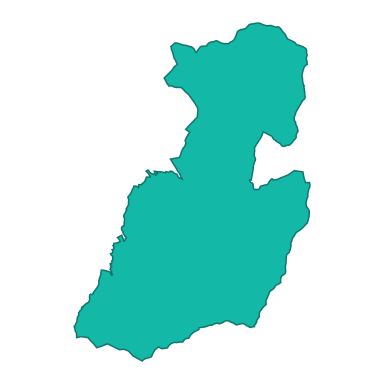 the district of Jidvei, Alba, Romania
{"feature_id": "2599482B43900513786531", "entity_name": "Jidvei", "entity_type": "district", "adm_level": 2, "iso_a3": "ROU", "parent_name": "Romania", "parent_adm1": "Alba", "projection": "albers", "projection_center": [24.101, 46.229], "detail": "fine", "context": "isolated", "style": "filled", "palette": "teal", "viewbox_px": 384, "rotation_deg": 0, "n_neighbors": 0, "source": "geoboundaries", "source_scale": "gbopen_adm2", "svg_char_len": 5971}
<svg xmlns="http://www.w3.org/2000/svg" viewBox="0 0 384 384"><path d="M254.5,326.7L254.5,325.0L255.5,324.2L256.0,322.6L256.4,322.7L256.7,321.7L256.8,320.2L259.5,316.6L259.1,315.7L259.3,313.2L260.1,311.3L262.9,307.5L264.4,305.9L266.1,304.6L266.0,300.5L268.6,294.6L269.7,291.5L273.6,288.7L274.8,287.1L275.0,286.2L276.2,285.1L279.5,283.5L280.8,282.4L280.5,281.1L280.6,279.3L281.6,275.9L283.9,274.6L285.1,273.4L285.7,271.9L285.3,266.4L286.0,263.4L286.2,257.1L286.8,254.5L289.4,252.2L289.5,251.0L290.0,250.2L290.5,248.6L290.8,246.0L291.1,245.5L291.1,245.1L290.7,244.7L291.1,241.8L291.6,241.6L292.4,238.3L294.7,235.1L295.1,234.0L296.7,232.2L300.0,230.1L302.9,227.5L307.1,223.1L308.1,220.5L309.2,215.6L309.2,210.8L306.3,205.8L306.2,204.5L305.9,203.6L306.9,198.7L307.5,197.8L307.9,196.2L307.7,194.5L308.6,189.5L309.8,187.2L309.9,184.0L309.4,182.4L307.7,182.7L305.4,182.5L304.0,177.9L302.9,171.9L294.9,170.7L294.6,170.5L287.9,175.0L277.0,179.5L273.5,180.1L272.2,178.8L271.3,179.1L269.2,181.7L268.3,183.5L267.6,184.3L266.1,185.0L265.2,184.9L260.8,186.1L260.1,187.0L259.7,188.3L259.2,189.0L258.0,189.6L256.7,189.4L255.1,189.6L254.3,189.4L253.5,188.7L253.3,187.7L253.4,186.2L252.9,183.9L252.0,182.9L251.0,182.6L250.0,181.6L249.5,180.4L249.5,179.8L251.1,180.2L253.3,168.5L253.3,166.5L254.2,162.5L255.1,161.0L255.5,159.5L255.3,158.3L254.3,156.1L254.2,154.3L254.7,150.8L254.5,147.4L255.3,146.7L255.9,145.3L261.1,137.3L263.3,131.8L271.9,136.3L273.6,139.3L275.2,140.0L276.0,141.0L280.2,143.7L282.5,146.3L284.4,146.3L285.9,145.9L287.1,145.2L289.0,145.2L289.7,144.9L292.2,142.6L293.2,141.0L294.5,139.9L296.1,137.6L296.2,137.3L296.0,135.7L296.2,134.8L296.7,133.4L297.9,131.7L298.0,130.9L297.4,128.0L295.5,123.4L295.7,122.4L294.2,120.1L294.1,117.6L294.8,115.9L296.0,112.0L302.7,100.5L304.3,99.2L304.9,98.3L305.2,97.1L305.1,96.4L304.6,94.4L304.8,92.3L303.8,86.3L304.3,85.9L303.5,84.9L302.7,81.6L302.5,78.7L301.9,75.3L303.2,69.8L303.5,69.4L304.2,66.9L306.1,65.0L307.3,64.5L306.8,60.5L306.4,59.8L306.2,58.5L307.2,55.0L306.5,53.1L306.6,51.0L306.3,49.5L305.4,48.3L303.3,46.9L298.5,45.1L297.0,44.9L296.5,44.6L294.7,42.3L287.4,38.8L285.0,34.0L282.8,31.8L281.8,30.2L279.8,27.8L278.3,26.8L275.6,27.2L270.8,25.4L268.2,25.8L266.3,25.7L262.9,24.7L260.0,23.3L257.9,23.0L249.4,24.4L247.6,26.5L246.4,27.6L245.7,28.5L244.0,29.3L243.4,29.0L242.3,29.6L241.2,29.4L238.4,30.8L237.8,31.3L237.2,32.3L236.0,35.7L234.4,39.3L232.6,41.1L229.9,42.5L228.1,44.0L226.7,43.6L224.3,43.7L220.7,43.0L218.5,41.5L216.2,40.7L213.4,41.8L211.3,41.9L208.4,43.3L206.2,46.1L201.8,46.2L200.4,46.8L196.2,52.5L195.7,52.3L193.9,48.7L191.7,46.9L189.1,46.5L188.3,46.0L185.7,45.3L183.5,45.2L178.4,43.4L175.8,42.9L174.6,43.2L170.9,46.5L171.7,50.2L172.5,51.9L174.2,58.3L175.2,59.7L176.2,62.1L177.4,64.2L174.2,66.9L171.9,70.3L164.2,78.0L167.3,83.8L168.9,86.1L170.2,85.8L171.3,85.9L172.9,86.2L174.0,87.0L176.4,87.5L177.5,87.2L178.7,87.6L180.5,87.4L181.6,87.7L181.9,88.3L182.5,88.6L185.4,91.8L188.7,94.6L194.4,102.6L196.9,106.6L197.7,108.5L198.0,110.7L197.6,113.1L197.4,116.5L197.2,117.2L188.1,126.6L185.7,129.4L189.8,132.2L188.6,133.6L185.5,139.4L185.1,140.9L186.0,142.6L184.8,146.4L183.8,147.4L183.3,148.0L183.2,148.5L182.6,149.1L181.2,152.4L181.0,153.5L179.8,156.5L179.8,157.0L179.3,157.5L170.5,159.1L180.4,175.3L181.1,177.5L182.1,178.3L182.4,179.1L178.8,177.7L178.0,176.7L177.1,174.4L174.0,173.1L172.8,171.7L171.8,171.3L170.1,171.2L170.1,171.9L168.6,172.2L165.8,171.7L165.6,172.7L160.3,171.8L160.3,172.0L154.3,171.2L154.5,172.2L155.1,172.9L156.4,173.0L157.4,172.8L157.7,173.4L156.6,174.8L155.9,175.1L155.3,175.0L154.9,174.1L154.3,173.8L153.2,174.3L150.8,173.2L149.6,172.0L148.4,170.2L147.6,170.1L146.1,171.2L148.5,173.6L149.2,175.1L150.4,176.6L150.3,177.2L146.5,177.0L145.1,180.7L144.3,181.9L143.3,182.9L142.0,183.5L141.9,184.8L138.9,184.6L138.6,187.6L138.4,187.8L137.4,186.6L136.6,186.2L133.9,186.1L133.8,187.2L132.7,189.0L130.8,193.3L127.8,197.1L128.7,199.8L128.4,203.5L128.4,204.0L128.8,204.3L126.1,209.0L126.8,209.8L126.8,210.1L126.3,210.6L124.9,213.4L124.0,214.5L123.7,216.9L124.5,217.4L124.4,222.4L124.1,222.5L124.2,225.5L123.2,225.7L123.2,226.4L121.7,227.1L121.5,227.6L121.7,230.0L123.2,231.9L123.3,232.5L123.0,232.7L123.5,233.9L125.3,236.6L125.9,236.8L126.2,237.5L126.1,238.5L125.3,238.6L124.9,240.6L123.6,241.1L122.9,238.1L121.7,235.2L117.5,237.6L118.5,238.6L120.3,241.4L117.5,242.8L113.8,243.5L113.7,245.5L113.0,245.7L113.7,246.6L113.8,248.7L113.3,249.4L112.1,249.6L112.9,250.9L112.8,252.1L112.1,253.4L110.5,253.5L111.1,255.1L112.8,256.3L112.7,260.4L111.7,260.9L112.0,262.0L111.7,263.3L110.5,263.5L111.3,264.4L110.2,265.1L111.4,266.8L111.7,266.9L111.7,267.4L110.5,267.7L110.6,268.9L110.0,269.4L110.7,270.3L111.6,270.7L111.6,271.4L111.2,271.9L112.5,274.8L111.3,275.2L109.8,271.9L104.6,270.4L101.3,270.1L100.6,275.2L98.8,280.5L98.9,284.1L97.6,286.9L93.8,291.9L92.5,294.3L91.5,294.5L90.9,294.2L89.8,294.8L89.4,297.6L89.8,298.9L88.7,302.3L87.6,303.0L86.0,303.4L85.6,304.6L84.5,305.0L83.9,305.5L83.0,307.0L82.6,306.7L81.7,307.5L81.7,308.0L81.4,308.4L81.6,309.2L80.6,310.5L79.7,311.0L79.7,311.4L78.6,313.0L78.8,315.0L77.7,316.7L77.3,317.9L76.9,321.6L75.6,324.1L75.0,325.9L74.1,326.3L74.9,328.6L75.1,330.8L76.2,332.3L76.6,334.2L76.6,337.6L80.7,336.6L88.0,337.6L90.5,340.7L93.6,343.6L96.7,347.7L101.3,346.3L107.5,343.8L119.5,349.7L123.8,349.2L128.3,350.9L133.2,356.0L142.2,361.0L143.4,359.8L145.9,358.4L149.2,357.6L151.5,356.7L152.9,353.3L154.8,349.9L158.1,347.3L159.5,347.4L161.8,348.7L167.5,347.9L169.0,345.3L171.2,343.6L173.4,342.6L175.4,342.4L176.5,342.6L180.3,341.9L182.7,342.1L184.6,339.4L186.6,338.4L188.6,338.3L190.6,335.1L192.9,332.9L194.5,331.7L198.9,329.6L199.0,328.0L199.6,327.6L204.6,327.0L207.4,326.1L209.6,325.1L211.9,325.2L214.1,324.0L216.7,323.2L217.7,323.2L219.5,323.9L223.0,322.4L225.9,320.6L229.1,321.0L230.0,321.8L233.9,323.2L235.5,324.6L237.1,324.8L240.4,323.9L243.1,323.5L245.5,324.6L246.5,325.8L248.4,326.0L249.1,327.0L250.9,327.5L253.2,326.6L254.5,326.7Z" fill="#14b8a6" stroke="#0f766e" stroke-width="1.5"/></svg>